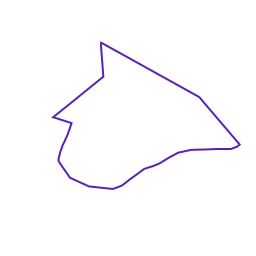 Presidente Médici, Maranhão, Brazil, rotated 231°
{"feature_id": "56859067B54906018261321", "entity_name": "Presidente Médici", "entity_type": "district", "adm_level": 2, "iso_a3": "BRA", "parent_name": "Brazil", "parent_adm1": "Maranhão", "projection": "mercator", "projection_center": [-45.779, -2.308], "detail": "fine", "context": "isolated", "style": "outline", "palette": "violet", "viewbox_px": 256, "rotation_deg": 231, "n_neighbors": 0, "source": "geoboundaries", "source_scale": "gbopen_adm2", "svg_char_len": 620}
<svg xmlns="http://www.w3.org/2000/svg" viewBox="0 0 256 256"><g transform="rotate(231 128 128)"><path d="M143.5,52.9L125.8,51.6L107.2,60.9L90.2,77.8L87.7,85.1L87.1,87.2L86.9,96.5L86.0,114.9L84.7,118.3L83.5,121.3L82.7,123.3L81.6,127.0L80.6,130.4L79.2,141.1L77.3,151.4L71.2,163.4L61.2,176.5L56.0,183.5L47.0,194.7L44.9,200.8L44.9,204.4L107.3,202.8L211.1,160.9L209.7,159.3L185.2,142.4L183.4,141.1L183.4,117.0L183.4,112.9L183.4,97.8L183.5,76.6L167.3,87.2L163.9,81.9L161.9,78.6L160.3,76.0L159.3,73.7L157.3,69.9L155.7,66.2L154.0,63.7L152.1,60.4L146.9,53.6L143.5,52.9Z" fill="none" stroke="#5b21b6" stroke-width="2"/></g></svg>